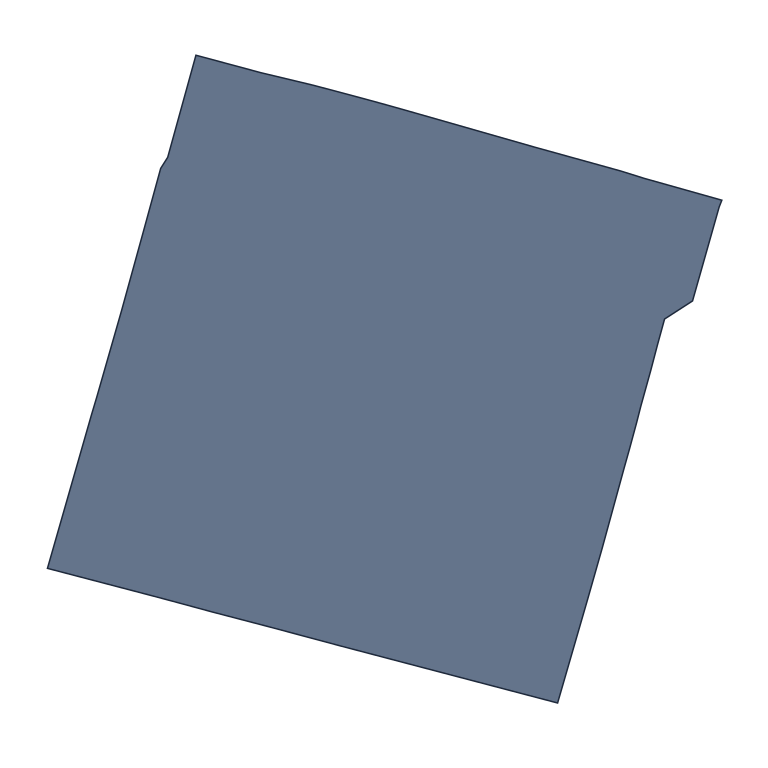 Marion, Indiana, United States of America (Albers equal-area conic projection), rotated 16°
{"feature_id": "52423323B96671648838134", "entity_name": "Marion", "entity_type": "district", "adm_level": 2, "iso_a3": "USA", "parent_name": "United States of America", "parent_adm1": "Indiana", "projection": "albers", "projection_center": [-86.121, 39.78], "detail": "fine", "context": "isolated", "style": "filled", "palette": "slate", "viewbox_px": 768, "rotation_deg": 16, "n_neighbors": 0, "source": "geoboundaries", "source_scale": "gbopen_adm2", "svg_char_len": 614}
<svg xmlns="http://www.w3.org/2000/svg" viewBox="0 0 768 768"><g transform="rotate(16 384 384)"><path d="M111.3,654.0L219.0,651.5L239.9,651.1L281.6,650.5L340.5,649.1L374.3,648.5L414.5,647.8L638.8,642.8L639.1,535.2L639.0,481.6L638.0,398.2L637.9,378.6L637.5,351.7L637.0,334.6L636.7,297.9L636.1,271.0L635.8,244.2L657.7,219.1L657.6,187.3L657.4,121.4L658.1,114.2L577.5,114.6L552.9,114.0L463.6,114.8L338.9,114.9L312.2,115.0L285.8,115.3L234.0,116.3L179.7,118.7L112.6,119.8L113.6,225.7L109.9,238.3L110.7,305.6L111.5,385.9L111.5,475.9L111.3,494.2L111.3,654.0Z" fill="#64748b" stroke="#1e293b" stroke-width="1.5"/></g></svg>